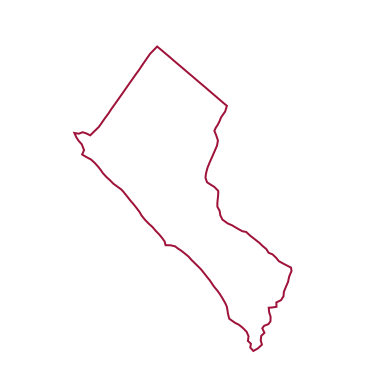 Vila Velha, Espírito Santo, Brazil (Natural Earth projection), rotated 117°
{"feature_id": "56859067B3847278912297", "entity_name": "Vila Velha", "entity_type": "district", "adm_level": 2, "iso_a3": "BRA", "parent_name": "Brazil", "parent_adm1": "Espírito Santo", "projection": "natural_earth1", "projection_center": [-40.359, -20.427], "detail": "fine", "context": "isolated", "style": "outline", "palette": "rose", "viewbox_px": 384, "rotation_deg": 117, "n_neighbors": 0, "source": "geoboundaries", "source_scale": "gbopen_adm2", "svg_char_len": 1977}
<svg xmlns="http://www.w3.org/2000/svg" viewBox="0 0 384 384"><g transform="rotate(117 192 192)"><path d="M196.2,158.9L193.6,162.7L190.1,164.5L186.5,165.9L183.3,167.1L179.1,169.1L177.3,174.5L177.0,178.5L176.5,183.0L173.4,186.3L170.5,187.5L166.8,188.5L163.2,189.2L157.4,189.7L149.9,190.1L144.9,190.4L139.2,190.8L134.3,192.3L130.4,196.3L127.4,199.8L124.1,200.0L120.7,199.6L116.5,199.6L112.2,200.0L105.3,199.0L99.4,200.0L98.3,204.8L94.4,220.9L92.1,230.3L90.5,237.2L88.4,245.9L87.5,249.7L83.3,267.5L81.8,273.5L78.2,289.1L87.9,292.1L100.4,293.8L108.0,294.7L111.4,295.3L122.6,296.9L132.4,298.3L136.2,298.8L151.3,301.0L155.3,301.6L159.4,302.0L166.6,303.2L176.1,304.5L187.7,308.4L187.8,313.1L188.4,316.6L191.5,319.4L192.8,323.6L195.8,319.8L197.7,316.6L199.6,311.8L203.7,307.2L208.5,306.9L208.8,302.4L208.9,296.7L210.4,291.4L212.3,286.6L214.0,283.0L215.7,279.9L217.5,275.0L218.9,269.9L220.3,265.9L221.1,260.8L221.8,256.4L223.1,252.8L225.2,248.2L227.7,242.8L229.4,238.6L231.5,234.0L233.6,229.7L235.9,226.2L238.1,221.3L239.9,216.0L241.1,211.4L243.2,206.4L244.8,201.7L246.7,197.4L248.6,193.8L251.4,191.4L249.2,186.9L248.1,182.4L248.8,178.5L249.2,174.8L250.1,170.3L251.1,165.8L252.8,161.5L254.2,157.0L255.8,151.9L257.0,148.4L259.4,143.2L261.2,139.3L262.8,135.7L266.2,129.7L268.2,125.0L270.2,121.0L273.2,116.1L275.8,112.1L278.3,109.0L281.1,106.8L283.9,104.9L288.0,101.3L289.0,94.5L289.0,89.8L290.0,85.1L291.8,79.8L294.9,76.1L299.3,74.6L300.5,70.6L304.1,69.5L305.8,65.2L301.5,62.3L296.3,60.4L292.8,63.5L288.7,65.0L284.6,63.5L281.5,67.5L278.5,67.0L275.0,63.9L271.5,63.4L267.4,65.4L264.1,68.7L260.3,71.1L258.2,67.7L255.9,64.6L252.1,66.7L248.0,63.6L243.4,63.1L239.3,64.8L234.8,65.2L228.5,65.6L223.4,67.0L217.1,67.5L214.4,69.5L214.4,76.3L214.2,83.2L212.3,87.5L211.0,92.0L211.4,96.1L209.1,99.9L208.0,104.8L206.8,108.6L205.7,114.0L204.5,120.3L203.0,125.6L204.1,129.3L203.9,135.3L203.5,141.0L203.8,145.9L202.8,152.3L199.9,156.2L196.2,158.9Z" fill="none" stroke="#9f1239" stroke-width="2"/></g></svg>